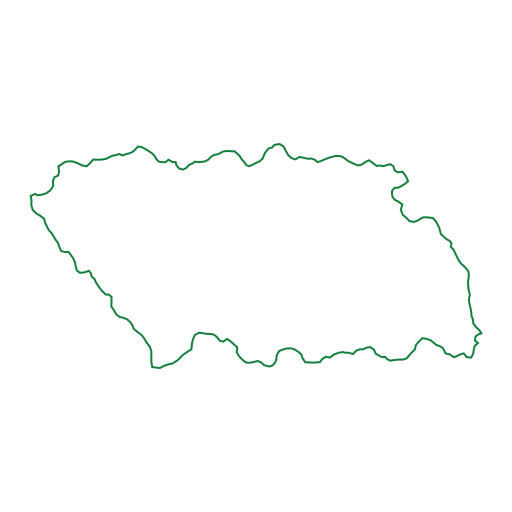 the district of Candeias, Minas Gerais, Brazil
{"feature_id": "56859067B9818430918024", "entity_name": "Candeias", "entity_type": "district", "adm_level": 2, "iso_a3": "BRA", "parent_name": "Brazil", "parent_adm1": "Minas Gerais", "projection": "robinson", "projection_center": [-45.275, -20.749], "detail": "fine", "context": "isolated", "style": "outline", "palette": "green", "viewbox_px": 512, "rotation_deg": 0, "n_neighbors": 0, "source": "geoboundaries", "source_scale": "gbopen_adm2", "svg_char_len": 4023}
<svg xmlns="http://www.w3.org/2000/svg" viewBox="0 0 512 512"><path d="M279.5,144.0L274.3,144.9L272.3,147.4L268.5,148.5L264.9,153.0L262.7,158.5L259.5,161.4L256.2,162.8L252.7,164.7L249.2,166.2L246.3,165.1L244.4,162.2L241.7,159.2L239.5,155.8L237.1,153.5L234.7,151.4L231.0,151.2L226.4,151.0L222.6,151.7L218.6,154.0L213.8,155.1L210.9,156.9L208.5,159.5L205.3,161.3L200.3,162.1L194.8,161.7L192.3,163.6L189.0,164.9L186.3,167.9L183.1,169.6L179.3,168.6L176.5,165.5L175.6,162.1L172.3,162.0L168.5,159.7L165.5,162.2L162.3,162.2L158.9,161.7L156.3,159.0L154.5,155.8L152.0,153.3L148.0,150.6L144.8,148.7L141.6,147.1L138.1,146.5L135.7,149.0L132.9,151.7L129.4,153.3L125.9,154.2L122.3,155.5L119.4,153.9L115.9,155.1L113.0,155.6L110.2,156.7L106.2,158.8L101.6,159.6L97.2,159.7L93.1,159.6L90.2,163.0L86.7,166.3L81.8,165.3L77.0,162.9L72.4,161.4L69.4,161.3L65.3,161.8L61.5,164.4L58.4,166.3L59.1,171.6L58.2,175.5L54.4,177.3L52.9,181.0L53.2,186.0L50.2,190.5L45.9,193.5L41.6,194.7L37.8,195.3L34.9,193.9L30.7,196.0L31.5,200.7L31.3,205.1L32.8,210.1L36.4,213.5L40.6,216.0L43.9,218.5L45.3,223.0L47.1,226.9L48.9,230.3L51.4,233.0L53.2,235.7L55.3,239.3L57.9,242.8L59.5,247.4L61.3,251.1L65.2,252.1L68.6,251.9L70.6,254.7L73.1,258.2L74.8,261.9L75.7,266.2L76.8,270.5L79.9,272.8L84.3,272.4L88.9,270.8L90.9,273.4L91.7,276.7L94.5,278.9L95.9,282.3L97.9,285.3L100.5,289.1L103.0,291.9L105.7,294.5L108.7,294.6L111.5,296.7L111.5,301.5L111.3,306.4L113.9,310.2L116.2,314.3L119.7,317.0L123.6,317.8L127.5,319.6L130.6,322.5L132.4,325.3L133.6,328.7L137.4,331.9L141.7,335.1L144.7,339.2L147.0,343.1L149.9,346.8L151.4,351.6L151.3,357.3L151.4,362.5L152.3,367.0L156.1,367.6L159.9,368.0L164.2,365.8L168.2,364.4L172.5,363.5L177.0,360.7L180.0,358.0L182.3,355.5L184.7,353.7L187.5,351.8L191.4,349.3L192.0,343.4L193.0,339.1L194.9,335.0L198.8,332.8L202.8,333.2L206.4,333.8L211.1,334.0L213.8,334.7L217.0,337.1L219.7,340.7L223.4,341.6L227.1,338.9L230.9,341.6L233.6,344.1L237.2,347.3L236.7,352.1L238.8,355.9L242.1,359.5L245.7,362.4L249.2,362.8L253.1,362.2L257.7,361.0L261.1,362.3L264.1,365.2L266.9,365.9L269.9,366.5L272.9,365.1L275.3,362.3L276.3,359.1L276.8,355.1L279.1,351.1L282.4,349.7L287.0,348.4L291.2,348.4L294.3,349.3L298.3,351.8L301.5,354.6L302.5,358.0L305.1,362.2L309.1,362.4L312.4,362.6L316.6,362.5L320.1,362.0L322.1,359.1L325.6,356.8L330.2,357.5L333.7,354.6L338.7,352.7L342.9,352.1L345.8,352.8L348.8,352.7L353.0,354.1L356.2,350.7L359.8,349.3L363.3,349.3L366.5,347.7L370.3,347.1L374.0,349.7L375.5,353.4L378.6,355.4L381.8,357.1L385.1,356.9L387.3,359.2L390.2,360.7L395.0,359.9L400.1,359.5L403.2,359.6L406.8,358.3L410.7,353.6L414.9,349.3L415.9,345.0L418.7,341.8L422.5,338.1L426.9,339.0L430.5,340.2L434.0,343.0L436.4,345.0L439.3,345.9L442.5,347.7L444.1,350.5L445.6,353.4L449.8,354.4L454.1,357.3L457.3,355.9L460.0,354.5L463.7,353.4L466.8,357.3L471.2,357.5L473.2,353.7L473.6,350.4L474.7,345.9L478.0,343.0L474.9,340.6L475.5,336.7L477.7,334.7L481.3,333.4L479.5,330.3L476.1,327.1L473.4,323.7L472.9,319.5L471.5,315.9L471.2,311.8L470.4,307.6L469.4,303.5L468.9,300.1L469.8,294.4L468.5,289.1L468.1,284.6L468.1,280.8L468.9,275.9L468.4,271.2L465.9,268.3L463.8,266.0L461.3,263.9L459.0,260.7L456.9,256.8L455.1,252.9L453.4,249.5L450.9,247.0L451.5,243.2L449.5,240.8L446.2,238.9L443.8,236.7L440.9,234.1L439.2,227.7L437.1,223.5L435.4,220.8L433.0,218.1L428.0,217.4L423.4,217.3L420.3,218.9L417.8,220.5L414.1,221.9L409.4,221.1L406.5,217.9L402.8,214.9L400.8,209.9L402.3,204.4L398.3,201.6L394.8,199.8L392.6,197.1L391.9,193.9L392.2,190.5L394.8,187.8L398.6,187.6L401.7,185.8L404.8,184.0L408.1,181.2L405.9,176.2L402.5,171.7L398.0,172.3L394.7,170.5L393.4,166.3L390.4,164.2L386.9,165.1L383.0,166.2L379.8,165.4L376.9,166.0L374.2,164.2L371.6,162.1L369.0,160.3L365.5,161.9L361.6,164.7L357.8,165.4L354.5,164.0L349.4,161.8L346.3,159.6L342.6,156.9L339.5,156.0L335.5,156.0L331.9,156.9L328.5,157.9L324.2,159.6L320.5,161.2L317.5,162.1L314.7,159.7L311.2,158.5L308.1,158.8L304.4,158.0L299.6,156.9L295.4,159.4L291.6,158.1L288.6,155.6L286.1,151.5L283.6,146.5L279.5,144.0Z" fill="none" stroke="#15803d" stroke-width="2"/></svg>